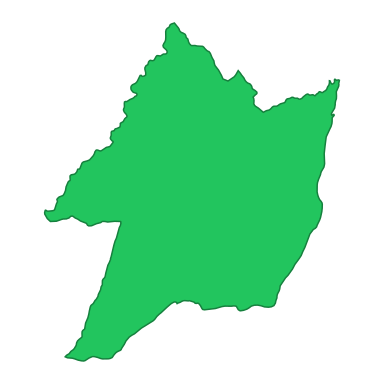 Lourdes, Norte de Santander, Colombia (orthographic projection)
{"feature_id": "7082276B15228121162034", "entity_name": "Lourdes", "entity_type": "district", "adm_level": 2, "iso_a3": "COL", "parent_name": "Colombia", "parent_adm1": "Norte de Santander", "projection": "orthographic", "projection_center": [-72.851, 7.965], "detail": "fine", "context": "isolated", "style": "filled", "palette": "green", "viewbox_px": 384, "rotation_deg": 0, "n_neighbors": 0, "source": "geoboundaries", "source_scale": "gbopen_adm2", "svg_char_len": 5834}
<svg xmlns="http://www.w3.org/2000/svg" viewBox="0 0 384 384"><path d="M339.4,80.3L338.5,79.9L336.4,80.3L335.2,79.3L334.7,79.3L334.4,79.9L334.6,81.8L333.9,83.2L332.6,84.0L331.9,84.0L331.5,83.7L330.7,82.6L330.2,81.2L329.9,80.8L329.4,80.7L329.4,83.0L328.9,85.0L327.5,87.1L326.9,88.9L325.7,90.5L324.3,91.3L322.7,92.5L321.7,92.5L319.9,91.7L319.2,91.8L317.6,93.6L316.8,93.9L315.1,95.7L314.7,95.7L312.9,94.7L310.0,95.1L309.4,95.0L308.0,94.1L307.2,94.1L306.1,94.6L303.3,96.8L301.9,98.3L300.3,99.1L299.1,99.2L297.5,98.2L294.7,98.2L293.2,97.4L292.4,97.3L291.9,97.3L289.8,98.4L287.6,98.8L287.0,99.0L286.3,99.6L285.0,102.2L284.4,102.7L280.6,103.8L279.3,104.5L277.9,105.6L276.6,106.2L274.1,106.2L273.3,106.4L272.2,107.2L270.7,108.9L269.5,109.8L268.8,110.1L266.3,110.7L263.3,112.3L258.4,108.1L255.7,106.4L254.7,105.5L253.8,103.9L254.0,100.5L253.7,98.5L253.1,97.1L255.4,94.8L256.6,93.9L256.9,93.5L256.9,92.2L255.2,90.6L252.6,88.9L252.2,88.3L251.7,86.2L250.5,84.4L249.7,83.8L247.7,83.0L246.4,82.0L245.1,80.4L243.8,77.8L241.6,75.1L240.5,73.4L238.2,70.6L235.8,74.8L234.2,76.8L228.0,81.0L223.0,79.0L221.4,75.3L218.6,70.2L214.9,65.4L214.2,62.9L213.9,60.9L212.0,57.5L210.3,53.3L209.0,51.6L207.8,51.2L206.8,50.5L204.8,48.5L203.9,47.3L202.9,46.5L202.3,46.3L197.0,46.0L195.0,45.5L191.6,45.6L191.0,45.3L189.5,43.8L188.6,42.0L187.9,39.3L187.6,38.7L187.0,38.3L186.2,37.4L185.8,35.6L185.1,34.3L182.9,33.0L181.4,32.5L180.4,31.6L179.5,30.6L179.2,29.3L178.3,27.8L174.4,23.0L171.4,24.0L170.2,24.7L169.0,27.3L167.4,28.2L166.2,29.6L165.7,31.5L165.8,37.1L165.6,39.9L165.1,41.5L163.8,43.6L163.0,45.4L163.3,47.0L164.3,48.1L166.1,49.7L167.1,51.2L167.1,52.3L166.9,53.0L166.3,53.7L165.6,54.0L163.3,54.1L160.4,56.0L157.8,55.6L156.9,55.7L156.1,56.5L154.2,60.0L153.1,60.6L152.3,60.7L150.3,60.3L149.4,60.9L148.6,61.9L147.8,64.7L146.3,65.5L145.8,66.0L144.9,67.8L144.9,69.3L145.7,72.6L145.7,75.0L144.3,76.0L142.6,76.4L141.9,76.2L141.1,75.3L140.1,75.5L137.4,81.1L136.6,82.2L135.5,83.3L132.4,84.8L131.4,85.9L131.0,86.7L130.9,87.8L131.0,89.1L131.4,90.1L132.6,91.6L133.3,92.3L136.3,93.3L136.6,93.5L137.0,94.3L136.9,94.8L136.5,95.7L136.0,96.0L135.1,96.3L133.9,97.6L132.7,98.4L130.0,99.5L126.8,101.6L125.4,101.5L124.5,102.0L124.3,103.6L124.4,106.4L124.3,107.4L123.5,109.3L123.6,110.6L124.6,112.6L125.7,113.6L126.8,115.4L127.0,116.0L126.9,116.8L124.8,118.7L123.2,121.6L120.6,123.1L120.3,123.4L120.3,125.0L120.0,126.8L119.6,127.2L116.8,128.5L115.5,128.8L114.9,129.2L114.2,130.6L111.6,131.4L111.2,132.3L111.2,135.3L110.3,138.0L110.5,138.9L111.1,139.7L112.1,140.9L113.0,141.4L113.1,142.3L110.0,146.4L108.9,146.8L106.3,147.4L101.7,150.5L100.8,150.9L99.8,150.9L97.8,150.1L96.6,150.0L96.1,150.2L95.0,151.7L94.2,154.1L93.2,155.8L89.6,159.9L87.2,160.9L83.8,161.8L83.1,162.1L82.0,163.1L79.9,168.5L79.5,169.0L77.8,169.2L77.4,170.0L77.0,171.5L76.2,172.6L75.2,173.7L74.4,174.2L71.2,174.8L70.1,175.8L70.0,176.6L70.2,180.2L69.8,180.7L69.1,181.0L68.4,181.6L67.8,182.8L66.1,186.8L65.5,190.5L64.3,193.5L63.0,195.5L59.1,197.0L57.7,198.3L57.0,199.2L56.9,199.7L57.3,200.7L57.4,201.9L56.4,203.9L54.6,209.7L53.8,210.4L52.3,210.8L47.9,211.2L47.0,211.0L46.0,210.3L45.4,210.2L45.2,210.4L44.6,212.7L44.8,214.2L47.3,218.6L50.4,221.5L56.5,221.2L61.9,219.3L63.3,219.0L66.3,218.9L69.1,217.9L70.6,216.4L71.1,216.2L72.4,216.1L72.8,216.2L75.2,218.0L77.7,219.1L80.5,221.0L85.9,223.1L86.6,223.6L87.5,225.2L88.8,225.9L90.9,225.8L91.7,225.7L96.4,223.7L100.7,222.6L102.0,221.6L102.7,221.4L105.1,221.5L107.7,222.0L114.6,221.3L120.4,221.5L120.7,221.6L120.9,223.2L120.4,225.4L119.3,227.6L116.4,238.2L115.1,241.0L113.9,245.1L111.2,256.5L110.5,258.7L110.6,259.3L109.2,262.7L107.9,265.2L105.8,273.1L105.1,276.7L104.4,277.9L103.1,279.2L102.4,280.6L102.3,284.9L101.1,286.9L100.6,289.8L98.5,294.1L98.1,295.3L98.1,296.2L96.1,299.5L95.1,300.4L93.3,303.5L91.0,305.4L90.3,306.9L89.4,310.8L88.8,314.1L87.9,317.7L85.6,323.1L84.7,328.8L84.3,329.3L82.9,330.4L82.2,331.4L82.0,333.0L82.1,336.7L81.5,337.5L79.1,339.4L77.5,341.0L76.6,342.9L76.2,345.3L74.5,348.2L73.5,349.5L70.8,351.5L69.2,353.7L66.5,355.3L65.2,356.8L67.4,357.8L72.3,358.2L74.5,358.8L78.1,360.1L81.3,360.8L83.7,361.0L85.1,360.6L88.9,358.1L92.3,356.6L94.2,356.6L95.6,356.9L97.6,357.4L101.0,358.6L102.7,358.9L108.5,358.8L110.3,358.4L112.2,357.5L114.1,354.7L115.6,353.0L116.7,352.1L118.3,351.2L120.2,350.4L121.0,349.8L121.8,348.1L124.3,344.3L126.0,340.9L129.3,337.0L131.9,335.2L134.5,333.8L141.4,328.1L153.0,320.9L154.6,319.5L156.8,316.5L159.2,314.2L161.0,312.8L167.1,307.1L170.8,303.9L172.6,302.8L174.0,302.1L174.9,301.9L175.9,302.1L176.5,302.5L177.1,303.6L177.6,303.2L180.2,302.3L181.9,301.3L183.1,300.8L184.7,300.6L188.3,300.9L189.5,300.7L194.0,302.1L195.2,303.3L196.9,303.4L197.8,303.1L198.7,303.5L200.5,305.7L201.7,308.1L202.6,309.4L204.4,309.8L215.4,308.5L221.9,306.6L225.0,306.1L231.3,306.2L233.9,305.9L235.7,306.1L236.4,306.4L238.2,309.6L239.6,310.6L240.5,310.8L243.6,310.3L247.0,309.1L249.0,307.9L251.4,306.1L254.4,305.2L257.6,305.1L261.2,305.8L264.5,306.9L268.5,307.2L271.4,306.8L273.9,305.6L275.4,303.1L275.9,300.6L276.9,298.0L277.0,295.8L277.5,294.0L279.2,290.7L279.7,289.0L280.2,285.8L285.5,277.9L288.0,275.3L292.5,269.0L294.9,264.4L299.3,258.4L301.2,255.5L302.7,251.8L304.9,247.3L309.9,234.0L313.3,229.5L315.3,228.3L316.6,226.9L317.1,225.3L319.7,219.9L320.5,217.6L321.8,211.7L322.2,208.2L322.3,204.4L322.0,202.8L320.8,201.0L319.6,199.6L318.6,197.5L317.8,195.2L317.1,191.9L317.2,184.9L317.5,182.6L318.6,179.2L320.5,174.6L320.7,173.4L321.3,171.6L323.9,167.2L324.4,164.9L324.6,163.6L324.2,153.6L325.1,145.4L326.2,136.9L330.2,128.2L331.0,126.7L331.9,123.6L332.1,121.7L332.2,117.7L334.1,115.5L334.1,114.9L333.9,114.5L333.4,114.4L331.9,115.3L331.5,114.9L331.4,113.9L332.0,112.5L334.6,108.2L335.2,104.8L335.2,103.1L335.7,100.5L336.1,99.6L336.4,98.6L336.5,95.9L336.3,91.7L338.7,86.2L338.9,84.4L338.7,83.6L339.4,80.3Z" fill="#22c55e" stroke="#15803d" stroke-width="1.5"/></svg>